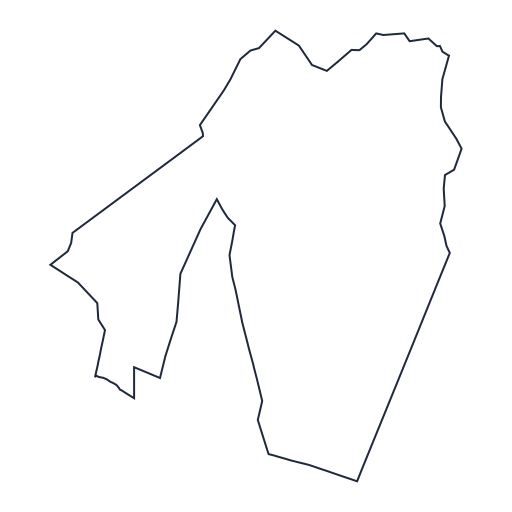 the district of Teotitlán del Valle, Oaxaca, Mexico
{"feature_id": "50627088B43819232792449", "entity_name": "Teotitlán del Valle", "entity_type": "district", "adm_level": 2, "iso_a3": "MEX", "parent_name": "Mexico", "parent_adm1": "Oaxaca", "projection": "robinson", "projection_center": [-96.539, 17.051], "detail": "fine", "context": "isolated", "style": "outline", "palette": "slate", "viewbox_px": 512, "rotation_deg": 0, "n_neighbors": 0, "source": "geoboundaries", "source_scale": "gbopen_adm2", "svg_char_len": 2189}
<svg xmlns="http://www.w3.org/2000/svg" viewBox="0 0 512 512"><path d="M449.0,55.6L447.1,54.6L442.5,51.7L439.9,46.0L436.9,46.2L428.4,38.5L409.6,41.2L404.3,33.4L383.3,35.0L376.2,33.4L370.9,39.4L366.6,44.2L359.8,49.9L358.8,50.2L351.5,49.9L338.9,60.8L326.8,70.9L312.0,65.0L298.9,45.6L275.4,30.7L259.0,48.1L250.5,50.5L240.4,59.1L230.4,79.4L223.7,90.6L199.9,125.1L202.8,133.1L203.0,136.2L167.0,162.9L142.7,180.9L127.7,192.0L98.0,214.0L77.9,228.9L72.5,232.9L71.2,242.8L67.8,251.2L50.4,264.8L63.7,273.4L77.9,282.5L97.3,303.1L98.3,319.5L105.0,330.1L102.9,340.2L101.2,348.0L99.6,356.3L99.5,356.5L99.4,357.3L99.2,357.8L99.1,358.4L98.9,359.2L98.8,359.7L98.7,360.1L98.5,360.9L98.4,361.5L98.2,362.3L98.1,363.0L98.0,363.8L97.8,364.5L97.7,365.3L97.6,365.8L97.5,366.1L95.0,377.2L95.4,376.6L96.5,375.8L96.8,376.0L98.0,376.6L98.8,376.9L99.6,377.1L100.4,377.3L101.1,377.4L101.7,377.5L102.3,377.6L102.8,377.8L103.3,377.8L103.8,378.0L104.8,378.5L106.1,379.0L107.8,380.0L108.7,380.6L109.2,381.1L110.1,381.6L110.8,382.0L112.7,382.8L114.5,383.8L115.7,384.5L117.1,385.6L117.8,386.5L118.3,387.2L119.1,388.2L119.6,389.2L120.0,389.6L120.6,389.9L120.9,390.1L121.3,390.2L128.7,394.9L134.1,398.2L134.1,367.2L160.0,378.0L165.4,356.1L170.1,341.2L176.5,321.8L177.4,311.5L178.3,300.9L180.4,273.8L200.5,229.2L216.8,199.2L221.8,208.5L225.0,213.7L228.1,218.2L235.1,225.2L233.8,232.1L232.4,240.3L229.5,255.1L232.3,277.0L235.5,289.6L237.0,296.8L238.7,305.2L241.1,316.8L242.3,322.7L243.9,328.9L245.1,333.6L246.5,339.0L247.5,342.9L248.2,345.8L248.7,347.8L252.1,360.3L253.3,364.5L253.6,366.2L256.0,375.6L256.3,376.7L256.6,377.7L257.8,382.7L259.3,388.8L260.5,393.8L261.2,396.8L262.2,401.0L262.0,401.9L259.5,412.7L257.8,419.9L261.0,430.2L265.0,442.9L268.3,453.3L268.5,453.9L268.6,454.1L274.1,455.5L277.7,456.6L283.0,458.1L292.3,460.8L308.9,464.9L322.4,469.5L325.2,470.4L328.2,471.4L333.3,473.2L342.4,476.3L350.7,479.1L357.1,481.3L363.5,465.3L377.1,431.9L387.5,406.4L396.5,384.3L412.8,344.2L432.7,295.0L449.8,252.9L446.5,245.9L444.2,235.6L440.2,223.5L444.7,206.0L443.7,188.6L445.0,175.0L454.1,169.7L461.6,148.7L456.3,138.7L444.9,121.5L440.9,107.4L441.0,97.0L442.4,79.1L449.0,55.6Z" fill="none" stroke="#1e293b" stroke-width="2"/></svg>